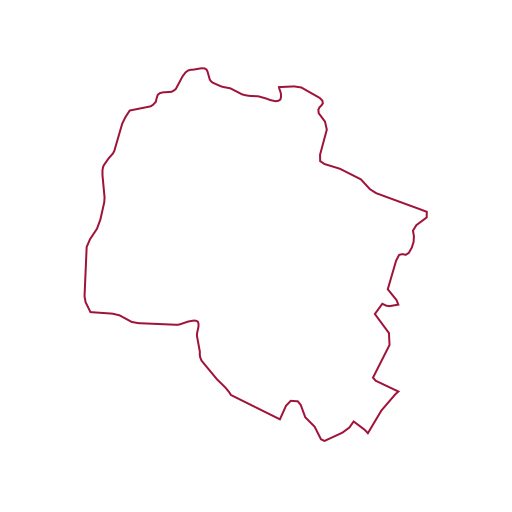 map outline of Forlì-Cesena (Natural Earth projection), rotated 79°
{"feature_id": "ITA-5365", "entity_name": "Forlì-Cesena", "entity_type": "Province", "adm_level": 1, "iso_a3": "ITA", "parent_name": "Italy", "parent_adm1": "", "projection": "natural_earth1", "projection_center": [11.987, 44.042], "detail": "fine", "context": "isolated", "style": "outline", "palette": "rose", "viewbox_px": 512, "rotation_deg": 79, "n_neighbors": 0, "source": "natural_earth", "source_scale": "10m", "svg_char_len": 1815}
<svg xmlns="http://www.w3.org/2000/svg" viewBox="0 0 512 512"><g transform="rotate(79 256 256)"><path d="M416.2,142.1L418.3,145.6L431.5,162.3L451.3,180.0L447.3,182.5L437.1,191.7L442.2,197.1L445.9,204.9L450.6,224.1L448.3,227.2L434.8,231.0L423.7,238.4L410.8,240.5L406.6,242.7L404.8,249.5L408.7,255.1L420.9,263.7L387.7,307.1L384.6,308.3L379.4,311.1L369.5,317.9L348.4,329.4L344.9,330.1L341.9,330.0L339.4,329.4L323.0,329.2L320.6,328.6L314.5,326.0L312.4,325.5L311.2,325.4L309.4,325.6L308.2,327.1L307.5,329.4L307.4,335.1L308.6,343.9L308.5,346.5L299.5,384.2L297.0,390.6L288.2,401.3L285.2,407.9L279.5,429.2L268.8,432.1L262.8,432.0L214.8,420.5L207.7,415.6L198.9,406.9L190.7,401.9L174.3,394.7L169.7,393.5L147.5,391.3L142.8,390.4L139.5,389.2L137.7,387.9L131.9,381.9L128.1,376.9L125.9,375.1L100.6,362.1L94.9,357.8L92.7,355.7L89.1,352.2L89.0,330.9L87.9,328.2L85.5,324.9L82.7,323.7L79.0,321.7L77.8,319.3L77.6,316.3L78.7,307.7L77.9,305.0L76.7,302.8L65.5,293.7L62.3,290.1L61.0,287.3L60.7,284.8L61.1,282.1L61.3,274.0L61.9,270.9L63.5,269.0L65.8,268.4L74.0,267.7L76.0,266.8L77.6,265.4L82.6,258.3L83.9,255.8L86.5,249.2L94.7,238.8L96.1,235.9L97.6,231.8L99.7,223.2L103.6,215.5L105.4,212.7L107.8,207.4L107.9,204.3L107.0,202.2L105.0,201.2L102.5,200.7L100.3,200.6L96.0,201.2L94.6,201.2L96.8,186.2L99.2,179.4L113.0,163.3L116.1,161.2L119.0,161.3L120.7,163.1L122.2,165.3L124.3,166.9L127.8,167.2L137.3,162.6L145.5,162.4L168.8,173.8L175.1,174.9L178.8,171.2L186.3,157.1L200.8,138.4L212.2,131.4L217.3,126.0L245.2,79.9L250.7,81.1L256.3,92.7L261.1,97.1L266.7,97.2L272.2,98.6L277.4,101.4L282.1,105.4L283.4,108.8L282.1,111.9L282.2,115.3L287.4,119.4L313.8,133.0L326.2,126.4L330.9,125.6L330.7,134.4L329.7,137.5L327.0,141.1L335.6,150.4L357.0,140.2L368.8,141.9L397.8,164.4L401.4,162.2L416.2,142.1Z" fill="none" stroke="#9f1239" stroke-width="2"/></g></svg>